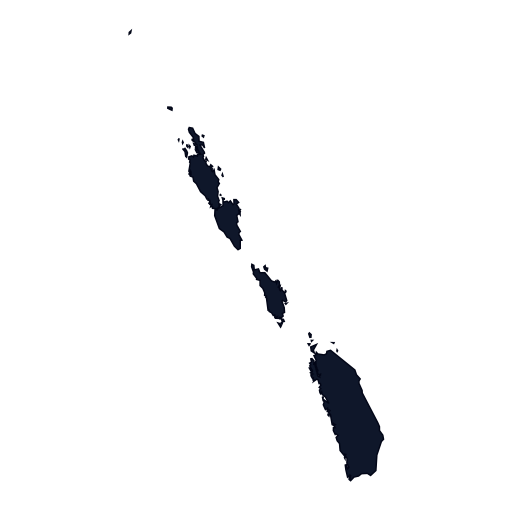 Kepulauan Mentawai, Sumatera Barat, Indonesia (Equal Earth projection), rotated 181°
{"feature_id": "22746128B86355072671334", "entity_name": "Kepulauan Mentawai", "entity_type": "district", "adm_level": 2, "iso_a3": "IDN", "parent_name": "Indonesia", "parent_adm1": "Sumatera Barat", "projection": "equal_earth", "projection_center": [99.744, -2.461], "detail": "fine", "context": "isolated", "style": "filled", "palette": "ink", "viewbox_px": 512, "rotation_deg": 181, "n_neighbors": 0, "source": "geoboundaries", "source_scale": "gbopen_adm2", "svg_char_len": 6140}
<svg xmlns="http://www.w3.org/2000/svg" viewBox="0 0 512 512"><g transform="rotate(181 256 256)"><path d="M157.5,33.0L154.1,36.7L149.6,37.8L146.7,40.2L140.8,40.6L137.6,38.6L132.4,43.6L131.7,59.1L127.4,72.7L125.3,75.0L126.1,79.1L129.5,83.6L129.6,87.6L131.4,91.5L147.4,120.9L147.6,123.5L150.9,130.5L150.9,132.9L149.7,134.9L153.5,139.0L155.2,143.8L179.8,163.0L183.4,161.9L183.8,159.5L186.1,158.3L192.4,159.1L194.0,160.8L194.6,158.1L196.3,157.4L193.9,152.7L194.5,151.5L193.8,146.7L191.8,141.6L193.3,144.7L193.9,143.5L191.4,138.3L189.4,139.0L189.5,137.9L190.5,137.5L190.2,136.0L192.1,136.8L195.3,148.6L196.4,148.7L196.2,152.2L198.3,154.4L199.4,154.1L198.7,150.8L200.5,149.8L199.3,148.1L200.3,147.1L199.3,145.1L200.7,144.9L198.8,141.6L198.8,144.3L197.6,142.6L197.6,141.4L199.4,140.2L197.0,139.0L198.2,138.4L197.6,137.2L198.9,138.1L198.9,137.2L197.4,134.6L196.6,135.0L196.7,133.0L195.4,133.1L196.0,131.8L193.1,133.9L191.7,133.2L190.7,129.5L189.4,129.6L188.9,127.9L190.5,125.7L188.9,124.5L190.2,123.0L189.7,120.6L189.1,119.5L188.0,121.2L187.5,118.8L184.1,116.2L180.5,109.8L186.4,114.0L185.3,111.0L186.1,108.4L183.9,103.7L181.9,105.1L182.1,101.9L180.5,102.1L180.4,103.5L179.3,102.7L180.8,100.7L178.8,98.9L176.9,88.7L176.0,88.3L175.6,90.0L173.7,88.8L175.2,87.9L173.9,85.8L175.6,85.6L175.6,82.8L173.7,79.0L173.0,79.7L170.8,78.1L172.7,76.0L171.6,72.7L169.2,69.9L168.5,63.0L163.8,57.4L163.9,59.4L162.8,59.2L163.5,58.5L161.4,55.1L161.5,50.5L159.4,46.4L160.5,44.8L162.3,48.8L163.1,48.5L162.4,43.8L160.6,36.6L158.4,38.7L157.5,38.1L157.9,35.9L158.8,38.0L159.0,34.2L157.5,33.0ZM300.3,302.9L296.1,302.6L293.5,304.8L294.4,309.7L293.8,310.7L295.5,315.1L295.0,319.8L296.2,323.6L293.9,327.9L295.1,329.4L294.6,331.8L298.5,336.6L299.4,341.5L300.9,339.6L301.8,340.4L301.2,342.3L302.3,341.9L302.7,343.1L301.0,344.9L302.8,346.4L303.6,344.4L306.0,345.1L307.9,348.1L307.5,349.7L309.2,350.5L310.9,353.5L310.2,354.5L310.9,356.7L309.3,357.8L309.5,358.9L314.0,365.9L311.4,366.2L309.3,363.1L310.6,368.7L314.9,369.7L315.2,374.6L319.1,377.5L321.6,382.7L325.0,383.3L325.7,381.6L324.8,378.5L320.8,373.5L320.4,370.3L316.9,365.9L316.2,361.4L314.5,359.1L316.5,361.6L318.4,361.1L316.9,358.3L313.7,357.9L313.0,356.8L316.3,356.4L316.4,354.9L319.8,355.7L320.2,353.9L321.9,355.0L324.8,354.0L325.0,351.7L323.5,350.8L324.0,348.6L323.3,347.9L324.6,339.6L324.1,339.1L324.0,340.5L323.8,340.8L322.7,339.8L322.2,336.6L322.6,336.1L323.0,337.5L323.5,337.3L323.0,335.6L323.9,338.3L324.6,336.2L323.9,336.9L323.2,334.8L320.4,333.8L319.6,329.7L316.8,327.2L312.5,319.3L307.8,315.3L306.1,312.1L304.9,312.3L305.0,311.0L303.2,310.8L302.5,307.4L302.9,306.8L301.4,306.6L301.9,305.9L302.1,304.9L301.3,305.7L301.6,304.5L300.3,304.5L300.3,302.9ZM274.1,262.0L271.9,263.3L272.0,271.3L270.4,271.6L273.5,277.1L273.4,279.1L272.1,280.3L275.8,286.6L275.9,289.1L274.6,289.9L276.0,296.2L274.2,297.7L273.6,299.7L274.2,300.6L272.9,299.7L272.5,299.8L272.3,300.7L272.6,299.9L273.3,300.4L272.0,302.8L273.2,300.9L274.1,301.3L273.8,303.3L276.6,307.5L274.3,309.3L276.8,312.0L279.1,312.0L278.9,307.9L279.9,306.9L282.6,310.7L284.5,308.9L285.9,310.3L288.9,309.4L290.0,310.5L289.8,305.8L295.3,302.4L295.7,301.1L297.8,301.2L298.0,295.6L293.1,282.8L288.4,279.5L285.2,274.4L282.3,273.1L277.7,265.4L274.1,262.0ZM231.4,194.4L230.9,193.6L227.8,196.4L228.6,199.0L226.5,200.1L226.9,204.9L229.3,211.3L228.6,212.1L225.6,210.6L224.5,212.0L227.0,219.9L229.5,222.5L229.5,225.2L231.0,221.8L231.9,222.7L231.4,226.1L232.6,224.7L233.3,225.3L232.0,227.3L232.3,230.6L233.7,232.0L235.0,229.1L235.6,231.6L236.9,230.3L240.1,231.4L246.9,239.5L251.8,239.3L253.3,243.1L257.5,242.1L258.0,246.6L260.0,247.6L260.2,245.2L258.2,239.9L258.4,238.1L254.8,233.5L255.0,232.6L251.5,231.7L251.4,226.5L248.6,223.8L246.6,219.3L246.7,216.8L245.0,216.1L245.6,215.0L244.0,213.3L244.7,213.6L243.0,202.1L242.1,202.3L241.9,200.8L239.4,199.5L237.7,196.8L236.2,197.2L236.1,195.0L233.9,195.7L235.0,194.1L232.0,194.0L230.5,195.7L231.4,194.4ZM196.0,160.1L197.0,163.0L194.0,168.6L199.7,166.0L199.1,162.1L196.0,160.1ZM327.1,353.6L326.3,357.9L327.1,359.8L328.9,362.3L329.7,361.4L331.3,362.0L328.8,359.1L328.0,354.4L327.1,353.6ZM244.7,241.1L244.1,244.0L246.3,244.5L246.7,246.5L248.0,245.3L247.5,243.9L246.5,245.5L246.9,242.8L244.7,241.1ZM346.8,402.2L345.0,401.3L342.6,400.3L342.4,402.4L343.4,403.3L346.7,403.4L346.8,402.2ZM200.7,175.6L199.7,175.7L199.5,178.4L201.3,180.0L201.9,179.1L200.7,175.6ZM230.2,185.4L229.7,186.4L230.8,188.8L232.8,189.4L230.2,185.4ZM293.4,341.1L292.9,342.3L295.1,344.3L295.4,341.8L293.4,341.1ZM228.4,190.6L226.6,191.1L227.5,193.1L229.6,193.5L228.4,190.6ZM384.9,479.0L386.6,477.4L386.7,475.7L385.3,476.8L384.9,479.0ZM290.1,311.4L288.7,312.1L288.7,312.9L290.7,313.5L290.1,311.4ZM317.5,362.4L317.2,364.4L318.2,364.9L318.4,362.7L317.5,362.4ZM291.4,336.1L290.1,334.5L291.0,337.3L291.4,336.1ZM307.9,351.8L306.1,350.9L307.5,353.4L307.9,351.8ZM310.6,374.0L310.2,375.4L311.7,375.9L311.9,375.0L310.6,374.0ZM201.4,167.6L200.7,168.5L200.5,169.1L202.3,169.1L201.4,167.6ZM229.8,190.5L228.9,188.4L228.3,189.9L229.0,189.1L229.8,190.5ZM318.8,365.6L319.0,366.7L320.2,367.2L319.6,365.6L318.8,365.6ZM327.2,366.4L327.1,364.6L326.1,363.6L326.0,364.3L327.2,366.4ZM334.9,372.2L335.7,370.9L335.3,370.1L334.9,372.2ZM178.0,170.7L176.8,170.0L176.5,170.7L178.0,170.7ZM199.0,171.7L198.1,172.6L199.2,172.6L199.0,171.7ZM292.9,316.4L291.7,315.8L292.6,316.8L292.9,316.4ZM226.0,221.9L226.2,220.4L225.8,220.2L225.4,221.4L226.0,221.9ZM180.3,97.3L180.1,98.7L181.2,99.0L181.3,98.3L180.3,97.3ZM303.9,308.0L302.9,308.0L303.5,309.1L303.9,308.0ZM324.1,363.3L323.7,364.4L324.6,365.3L324.5,364.3L324.1,363.3ZM331.3,369.3L331.6,368.4L331.3,367.3L330.8,368.2L331.3,369.3ZM321.7,372.1L322.0,370.9L321.4,370.3L321.7,372.1ZM273.4,298.0L272.6,297.0L272.7,298.5L273.4,298.0ZM187.0,116.7L186.9,115.3L186.7,114.3L186.3,115.5L187.0,116.7ZM225.3,208.3L224.5,209.2L225.8,208.8L225.3,208.3ZM292.1,306.7L292.8,307.1L292.8,306.1L292.1,306.7ZM173.3,163.5L173.5,162.5L173.2,162.0L172.8,162.7L173.3,163.5ZM195.8,149.2L195.0,149.1L195.8,150.5L195.8,149.2ZM163.5,55.0L163.5,55.9L163.8,56.6L164.0,55.9L163.5,55.0ZM323.9,340.1L323.4,338.9L323.6,340.4L323.9,340.1Z" fill="#0f172a" stroke="#020617" stroke-width="1.5"/></g></svg>